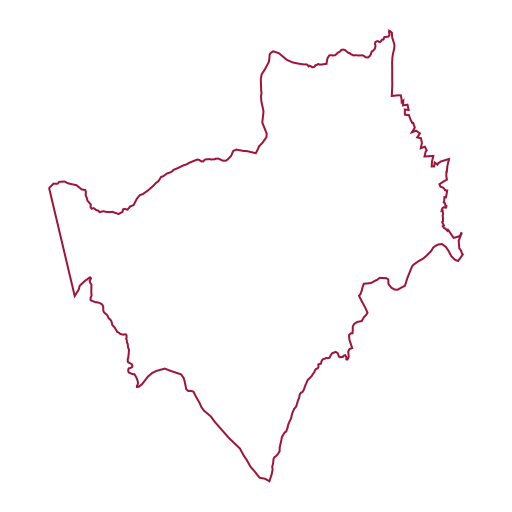 outline of Coahuitlán, Veracruz, Mexico
{"feature_id": "50627088B66619946151873", "entity_name": "Coahuitlán", "entity_type": "district", "adm_level": 2, "iso_a3": "MEX", "parent_name": "Mexico", "parent_adm1": "Veracruz", "projection": "equal_earth", "projection_center": [-97.706, 20.267], "detail": "fine", "context": "isolated", "style": "outline", "palette": "rose", "viewbox_px": 512, "rotation_deg": 0, "n_neighbors": 0, "source": "geoboundaries", "source_scale": "gbopen_adm2", "svg_char_len": 5974}
<svg xmlns="http://www.w3.org/2000/svg" viewBox="0 0 512 512"><path d="M137.0,387.0L138.9,386.7L142.1,384.1L148.0,376.5L152.2,373.0L156.1,371.0L164.8,368.6L169.3,370.4L181.1,374.4L183.6,377.9L184.5,380.8L186.3,389.3L188.4,391.0L190.9,390.9L193.4,391.6L195.9,396.5L199.5,402.8L201.4,407.1L203.9,410.6L210.8,416.4L214.9,422.0L229.1,438.2L239.8,448.4L243.7,455.5L246.7,459.9L250.5,466.8L254.5,471.3L259.6,477.7L265.2,478.8L269.4,481.3L271.8,473.9L272.6,469.3L272.2,466.9L273.2,462.7L273.5,458.9L274.6,457.0L275.7,456.4L277.9,454.0L279.6,451.2L279.7,447.3L280.0,446.2L280.9,442.1L281.5,439.5L281.8,437.2L284.2,433.1L285.4,431.9L286.3,431.5L286.7,429.9L287.5,428.0L287.8,426.3L288.4,424.0L290.3,419.9L291.1,418.4L291.6,415.6L292.4,412.9L294.0,409.1L296.2,406.5L297.4,402.5L298.0,400.1L299.0,398.4L299.7,394.6L300.8,392.7L302.4,392.1L303.3,390.7L304.0,389.3L305.1,385.9L306.3,383.3L307.6,380.1L310.2,377.6L311.9,375.8L312.6,374.4L314.4,372.0L314.8,370.7L315.8,369.1L317.6,368.4L318.5,367.0L318.3,364.5L319.8,363.9L320.9,363.7L321.6,361.0L322.8,359.3L324.7,358.7L326.3,358.0L327.9,358.2L329.6,357.7L330.6,355.4L332.2,353.2L335.7,351.9L337.7,353.2L338.9,356.5L339.6,357.2L342.9,356.9L343.9,355.5L345.3,355.2L346.3,357.1L346.3,359.4L347.1,359.6L348.1,358.5L348.7,356.6L348.6,355.1L348.2,351.7L349.4,349.1L352.2,348.1L349.4,339.7L349.0,335.2L350.7,333.4L352.5,333.3L352.7,330.5L352.8,326.4L354.1,324.0L357.3,321.9L361.7,321.1L364.0,317.0L366.0,315.1L367.5,312.8L366.1,309.6L364.9,307.0L361.1,300.0L359.0,295.7L360.3,294.4L361.8,290.5L362.4,287.6L363.8,283.8L371.0,283.0L376.3,280.1L377.0,280.0L379.6,277.9L386.4,278.2L388.2,279.4L388.5,284.0L391.3,287.7L395.1,289.7L397.7,289.7L401.5,287.5L404.9,285.8L407.6,277.4L412.0,266.5L413.5,264.7L418.6,261.1L422.8,258.8L425.8,256.4L431.2,251.0L433.2,247.6L435.4,245.9L438.0,244.6L441.9,244.0L445.7,246.8L448.5,250.8L451.4,256.3L455.0,259.8L458.1,261.0L462.8,254.5L461.7,252.9L461.0,250.6L460.3,249.5L459.3,248.4L458.7,240.7L461.6,233.3L461.2,233.1L460.2,235.4L458.6,236.7L458.0,236.6L453.6,237.9L448.7,230.6L448.0,229.8L447.4,230.8L445.1,228.4L444.2,228.1L442.8,226.2L443.9,225.4L442.1,222.1L443.0,221.2L443.0,218.0L442.6,215.5L443.1,214.1L442.5,210.2L441.7,210.6L442.4,208.2L443.9,207.1L445.8,207.8L446.4,206.8L446.4,205.8L445.3,205.1L445.1,203.5L443.7,202.3L444.2,201.0L444.4,197.2L445.9,197.4L446.4,195.0L447.2,190.5L445.3,190.4L444.5,189.1L443.1,187.7L440.5,186.7L439.4,184.2L443.1,181.8L446.9,179.6L446.3,175.9L446.4,171.8L446.8,171.8L447.3,166.5L448.3,161.8L448.9,160.2L449.0,159.0L441.3,161.3L438.2,163.2L437.5,164.6L434.7,162.5L434.1,166.4L431.7,166.5L432.0,161.4L433.3,155.9L424.5,156.5L425.7,151.5L426.7,150.5L424.9,146.7L420.8,148.2L421.9,143.1L421.0,138.2L417.2,137.4L419.9,133.4L416.1,130.7L411.9,132.3L414.8,127.7L413.2,122.9L412.3,123.0L410.5,119.5L408.9,115.1L404.9,114.7L404.8,109.5L408.6,110.0L407.5,104.7L403.0,105.4L403.3,100.7L401.7,102.2L401.5,98.9L400.8,95.3L396.9,95.4L391.8,96.0L392.3,84.6L392.2,79.2L392.2,68.1L392.1,62.9L392.4,57.3L393.1,53.1L394.1,49.1L394.3,47.0L394.5,45.2L393.7,42.2L392.3,37.9L392.0,35.4L391.9,32.8L390.3,31.3L389.2,30.7L389.0,32.5L389.5,33.8L389.4,35.2L388.3,36.6L384.8,37.0L384.2,37.2L383.7,39.0L383.3,39.6L382.7,39.5L381.8,39.8L380.8,41.5L379.8,42.2L377.8,41.1L376.6,41.4L375.4,42.0L375.0,43.8L375.5,46.1L374.8,48.8L373.1,50.7L371.7,51.5L370.7,54.5L369.9,55.9L368.0,57.5L365.7,57.3L364.2,56.1L362.6,55.3L358.3,55.5L356.9,55.3L355.3,55.2L354.4,55.4L352.6,55.2L351.8,54.5L350.7,54.2L349.6,53.0L348.4,52.9L345.1,50.1L343.3,49.6L341.5,49.8L340.4,51.2L337.7,52.8L336.4,54.1L335.1,55.2L332.8,55.5L331.3,55.2L329.3,55.4L327.5,58.2L326.6,62.7L326.6,63.8L320.0,64.7L318.1,64.0L316.8,64.9L315.5,65.2L315.1,66.1L314.0,67.0L312.2,67.3L311.1,66.4L309.6,65.7L308.5,66.4L307.8,65.2L306.8,64.5L305.9,64.4L303.7,64.4L298.8,63.7L292.6,62.4L286.7,59.8L280.6,54.6L278.6,53.1L273.2,51.3L270.9,52.8L269.7,54.2L269.0,61.6L265.0,69.2L261.6,74.4L260.8,79.2L261.2,91.3L261.6,92.6L261.0,95.9L261.2,100.0L261.4,101.4L263.5,111.3L262.3,122.6L266.7,133.6L266.4,137.2L262.6,142.6L259.0,146.4L257.6,149.7L255.8,153.2L247.0,151.1L243.6,151.0L236.5,149.6L234.1,150.5L233.1,151.2L231.2,155.7L230.2,157.0L227.4,159.6L226.0,160.7L222.9,160.7L218.4,158.6L215.6,158.7L215.1,159.2L211.0,159.5L209.9,159.1L205.7,159.4L204.7,159.7L203.3,161.3L203.1,161.2L201.6,161.5L198.7,159.7L196.9,159.7L189.4,162.7L186.3,164.5L183.5,165.3L177.6,168.2L173.7,169.8L171.7,171.7L170.3,172.4L167.1,173.4L162.8,176.5L161.2,176.8L158.4,181.2L156.0,182.9L153.3,185.8L148.0,190.4L142.8,194.1L139.8,195.1L136.8,198.8L133.6,205.1L129.8,206.6L129.6,207.3L127.6,209.5L127.1,209.7L124.9,208.8L123.0,209.4L122.5,211.9L118.5,214.0L112.2,211.8L110.2,212.1L106.4,211.9L103.4,211.2L99.5,212.2L98.5,210.8L97.5,210.4L96.4,210.2L93.7,208.1L91.6,208.7L90.5,207.0L90.8,204.5L87.5,200.7L86.9,198.2L85.6,195.1L85.9,192.0L85.3,190.0L81.6,189.4L76.5,185.2L68.2,183.4L64.5,181.5L59.2,181.9L57.8,183.6L56.7,183.8L53.6,183.6L49.6,187.5L49.2,188.4L74.7,296.0L78.8,289.4L79.6,286.0L80.3,285.2L83.4,282.3L85.9,280.1L87.2,279.4L87.8,278.8L89.9,277.3L91.0,278.5L89.6,280.8L90.2,282.8L91.4,284.6L91.3,293.0L91.6,295.4L90.7,297.6L90.5,299.7L90.9,300.4L95.0,302.0L96.8,302.4L97.7,302.4L99.4,302.9L101.8,304.2L102.5,305.0L103.2,306.6L103.3,310.6L103.7,311.9L105.5,313.7L106.4,314.3L107.4,315.5L107.9,316.3L108.6,318.2L109.8,319.2L111.0,320.5L111.4,321.3L112.4,325.1L114.6,327.4L115.7,329.4L116.7,330.7L117.1,331.8L119.2,332.9L120.2,333.9L123.1,334.7L124.4,334.4L125.8,334.3L126.5,335.2L126.6,337.4L126.2,338.9L126.8,340.2L126.9,342.0L127.2,343.1L127.7,343.8L127.8,345.0L128.0,347.2L129.0,349.9L128.9,350.5L128.7,353.8L128.3,357.2L127.9,358.7L127.7,359.5L127.8,361.5L128.1,362.2L131.6,364.1L132.4,365.6L132.3,366.8L131.1,367.7L128.8,368.4L128.4,369.1L128.2,369.8L128.2,370.8L128.5,372.0L129.0,372.6L132.8,374.2L134.3,374.1L135.7,376.3L136.9,378.8L137.8,381.5L137.9,382.6L137.9,383.9L137.4,385.1L137.0,385.7L136.9,386.5L137.0,387.0Z" fill="none" stroke="#9f1239" stroke-width="2"/></svg>